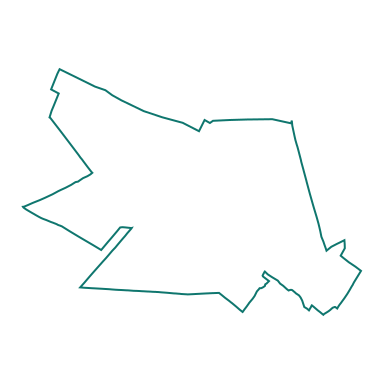 Juan C. Bonilla, Puebla, Mexico
{"feature_id": "50627088B68027240212637", "entity_name": "Juan C. Bonilla", "entity_type": "district", "adm_level": 2, "iso_a3": "MEX", "parent_name": "Mexico", "parent_adm1": "Puebla", "projection": "robinson", "projection_center": [-98.346, 19.122], "detail": "fine", "context": "isolated", "style": "outline", "palette": "teal", "viewbox_px": 384, "rotation_deg": 0, "n_neighbors": 0, "source": "geoboundaries", "source_scale": "gbopen_adm2", "svg_char_len": 3926}
<svg xmlns="http://www.w3.org/2000/svg" viewBox="0 0 384 384"><path d="M23.0,206.8L23.3,207.3L23.7,207.7L24.4,208.2L26.4,209.6L27.1,210.0L28.6,210.9L30.8,212.2L32.7,213.3L34.3,214.2L35.8,215.1L37.4,216.0L39.0,216.9L41.3,218.1L41.6,218.2L42.2,218.5L43.7,219.1L46.2,220.0L51.2,222.1L51.8,222.3L52.7,222.6L54.0,223.1L54.4,223.3L55.6,223.7L56.4,224.1L56.7,224.2L57.0,224.3L57.5,224.7L58.0,224.9L58.5,225.1L59.3,225.4L59.8,225.5L60.9,226.0L61.6,226.2L69.6,231.2L77.4,235.9L85.2,240.5L93.4,245.3L101.2,250.0L105.3,245.1L106.9,243.2L107.9,242.0L111.1,238.3L115.5,233.1L117.2,231.1L119.7,228.0L120.1,227.5L121.2,227.3L122.6,227.2L124.0,227.3L125.2,227.4L129.8,227.9L131.3,228.1L131.7,228.0L131.4,228.5L128.8,231.5L127.3,233.2L125.0,236.1L123.5,237.8L121.7,239.9L118.4,243.8L117.0,245.5L115.2,247.7L114.6,248.3L112.4,250.6L111.2,252.0L110.1,253.3L108.5,255.2L106.0,258.1L102.9,261.5L97.4,267.7L93.5,272.1L90.0,276.1L87.6,278.9L84.2,282.9L82.4,284.9L80.2,287.4L84.9,287.8L88.6,288.0L91.6,288.2L95.5,288.4L99.0,288.6L102.5,288.8L105.7,289.0L109.1,289.2L112.5,289.5L115.1,289.7L118.5,289.9L121.1,290.0L122.8,290.1L124.5,290.2L126.3,290.3L128.6,290.4L131.1,290.6L133.6,290.8L136.7,290.9L139.1,291.0L141.8,291.2L144.1,291.3L147.4,291.5L150.1,291.6L152.7,291.8L155.8,291.9L156.7,292.0L156.8,292.0L157.2,292.0L159.0,292.1L160.8,292.3L167.5,292.8L173.9,293.4L176.1,293.5L178.2,293.7L179.8,293.8L181.2,294.0L186.4,294.3L187.7,294.4L192.0,294.2L204.8,293.5L213.3,293.1L213.8,293.1L219.0,292.9L219.9,293.6L221.8,295.1L224.7,297.5L224.8,297.6L229.2,300.9L231.4,302.7L231.6,302.8L233.3,304.2L236.3,306.7L237.9,308.1L240.2,310.1L240.5,310.3L242.6,312.0L242.7,311.9L244.6,309.2L246.0,307.4L246.9,306.2L247.8,304.9L248.4,304.1L249.1,303.0L252.7,298.7L254.6,296.0L255.0,295.2L256.9,291.4L258.6,289.5L259.1,288.9L259.6,288.2L260.1,288.2L260.7,288.2L261.1,288.2L262.5,287.6L264.2,286.5L265.0,285.8L265.2,284.4L266.6,283.5L267.2,282.9L269.0,281.1L263.4,276.8L262.9,276.3L262.8,276.1L262.7,275.9L262.6,275.6L263.7,273.4L264.6,271.8L264.7,271.6L264.8,271.5L267.8,274.4L272.1,277.2L277.6,280.5L277.8,280.6L280.1,283.6L283.2,285.8L286.9,289.2L288.6,290.5L289.6,290.1L291.0,289.8L292.2,290.1L295.3,292.7L295.7,293.2L299.0,295.4L300.6,297.5L302.2,300.6L304.3,307.0L307.1,308.7L309.0,310.4L309.2,310.1L309.7,309.1L310.9,307.1L311.0,306.9L311.4,306.1L311.7,305.4L311.8,305.3L313.9,307.0L317.7,310.3L320.2,312.2L320.9,312.8L323.3,314.8L324.1,314.0L327.5,311.9L328.6,311.2L329.6,310.4L330.3,309.9L330.9,309.3L332.5,307.9L332.8,307.7L333.0,307.6L333.9,307.3L334.7,307.0L334.9,307.0L335.4,307.1L337.2,308.5L338.5,306.3L339.5,304.8L341.0,302.9L342.5,300.8L344.2,298.5L346.5,295.1L347.5,293.6L349.9,289.6L351.2,287.3L351.9,286.1L352.7,284.9L353.2,283.8L354.1,282.1L354.3,281.8L361.0,270.9L355.5,266.7L348.9,262.3L343.7,258.2L340.7,255.7L344.8,248.3L344.7,244.2L344.4,240.2L344.0,240.4L339.0,242.9L336.9,243.9L331.3,246.8L326.5,250.7L325.8,248.5L324.5,244.9L323.4,241.6L321.4,236.8L320.3,231.3L319.4,227.4L318.5,223.7L317.0,218.3L316.3,215.9L313.8,207.6L313.1,205.2L309.8,193.6L306.6,181.7L306.4,180.8L303.7,170.8L303.5,170.0L301.2,161.6L301.0,160.4L299.3,153.9L298.5,150.8L297.4,146.7L296.8,144.9L295.4,140.0L294.6,136.5L292.3,125.7L291.8,120.6L291.0,123.3L272.3,119.2L247.0,119.5L229.8,120.0L213.0,120.8L209.9,123.0L204.6,120.0L199.0,131.2L185.0,124.0L182.7,122.8L179.7,122.0L162.3,117.3L143.7,111.1L130.9,104.9L121.5,100.4L112.2,95.2L105.4,90.2L95.0,86.6L61.7,70.2L59.6,69.2L57.4,73.7L51.1,89.4L58.7,93.5L53.5,106.3L51.6,110.8L49.3,118.2L50.0,117.5L60.8,131.5L70.0,143.6L78.7,155.1L80.5,157.7L80.9,158.1L81.8,159.2L82.2,159.7L83.5,161.5L86.2,165.1L87.7,167.1L90.8,171.1L91.9,172.4L92.0,172.5L92.3,172.8L90.4,174.4L87.4,176.2L83.1,178.1L79.4,180.6L78.1,181.6L75.5,182.1L71.1,184.9L65.5,187.8L60.9,189.9L58.2,191.2L54.9,193.0L52.5,194.3L45.0,197.8L39.8,200.1L33.5,202.6L32.3,203.1L27.8,205.1L24.0,206.7L23.0,206.8Z" fill="none" stroke="#0f766e" stroke-width="2"/></svg>